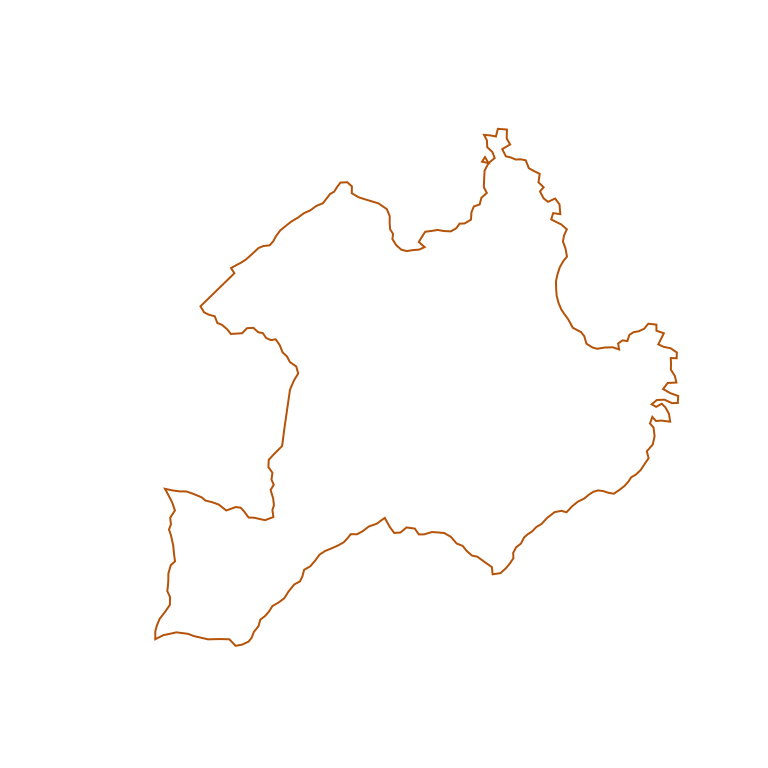 Campo Erê, Santa Catarina, Brazil, rotated 164°
{"feature_id": "56859067B34137099014381", "entity_name": "Campo Erê", "entity_type": "district", "adm_level": 2, "iso_a3": "BRA", "parent_name": "Brazil", "parent_adm1": "Santa Catarina", "projection": "orthographic", "projection_center": [-53.133, -26.462], "detail": "fine", "context": "isolated", "style": "outline", "palette": "amber", "viewbox_px": 768, "rotation_deg": 164, "n_neighbors": 0, "source": "geoboundaries", "source_scale": "gbopen_adm2", "svg_char_len": 4196}
<svg xmlns="http://www.w3.org/2000/svg" viewBox="0 0 768 768"><g transform="rotate(164 384 384)"><path d="M307.6,180.9L306.4,186.0L302.0,190.6L296.3,192.9L291.5,198.0L287.1,200.0L282.2,201.5L276.9,204.6L271.2,206.0L264.0,210.4L255.3,213.8L248.5,213.2L243.9,210.4L236.7,214.7L230.0,217.5L223.1,218.7L217.5,221.2L212.4,222.7L207.5,222.7L202.9,220.7L198.3,217.6L193.3,215.2L186.7,217.4L181.1,219.6L176.1,222.7L172.1,226.2L167.1,227.4L160.9,230.6L154.7,236.0L150.1,239.7L149.9,246.9L142.4,251.7L138.3,259.2L136.9,267.8L139.2,272.7L135.1,278.4L132.8,273.5L127.5,272.4L119.3,268.9L118.3,276.8L120.0,284.1L122.5,288.5L128.7,287.0L132.3,290.7L126.1,293.4L118.7,291.6L112.4,286.2L106.8,284.8L104.5,291.4L111.2,296.2L117.1,302.2L111.0,306.8L102.5,304.8L102.2,311.5L104.3,318.7L102.5,324.4L101.2,329.9L95.6,328.1L93.8,333.6L98.6,339.3L105.0,342.7L109.4,346.5L104.6,351.7L101.0,355.7L107.4,360.1L105.8,366.0L113.3,369.1L118.7,365.4L124.6,364.5L129.9,365.0L134.6,363.6L138.2,358.2L142.7,360.2L147.8,358.4L148.5,352.4L153.9,356.2L161.7,358.2L169.4,359.1L173.5,361.6L178.3,367.0L178.3,374.7L180.3,379.6L187.0,386.0L189.1,395.4L191.1,400.9L193.0,406.6L193.9,413.8L193.7,421.2L192.4,427.6L190.4,435.3L187.0,441.6L182.9,447.7L177.8,452.7L173.0,456.0L172.2,464.2L172.7,471.7L170.0,477.2L165.6,482.3L169.7,488.6L173.3,491.8L177.9,496.1L174.3,501.6L167.7,498.7L165.8,508.2L168.4,515.1L176.1,513.9L179.4,518.4L181.0,526.1L176.3,529.1L179.9,535.3L176.4,543.1L181.2,547.4L185.3,551.5L186.1,560.0L190.7,562.3L195.6,563.5L199.5,566.7L204.1,569.3L205.6,577.2L196.7,579.5L198.4,586.1L195.7,594.7L204.2,597.9L208.2,591.1L213.6,593.8L219.2,595.9L217.9,589.8L219.5,583.2L215.9,577.2L215.3,570.7L222.6,567.5L228.5,561.4L231.3,553.2L233.8,545.7L232.5,539.3L239.0,536.2L242.6,530.2L248.7,529.9L252.6,525.0L255.1,518.0L262.3,516.1L267.2,517.3L271.6,513.8L277.7,512.3L284.2,514.5L290.0,517.3L296.0,518.0L302.4,519.0L307.8,514.3L311.4,510.9L307.2,504.4L313.2,503.5L319.6,504.8L325.5,505.5L330.3,508.3L334.0,514.1L336.0,521.0L333.9,525.8L335.5,531.0L334.0,537.9L332.2,543.8L333.1,551.4L339.6,559.2L350.6,566.3L357.1,570.6L362.4,576.3L360.4,582.8L363.7,588.1L370.4,589.6L374.8,586.3L378.9,582.6L383.5,581.5L387.8,578.3L392.9,574.6L400.1,573.8L407.1,571.2L413.8,570.3L420.8,567.7L428.6,565.6L434.7,563.1L441.6,560.1L447.3,555.7L450.9,551.9L455.7,548.8L461.9,549.9L467.1,549.3L475.8,544.9L482.7,541.6L488.1,540.0L493.5,538.9L499.1,537.6L497.3,531.7L539.0,509.3L537.2,502.5L533.4,499.0L528.0,495.7L527.4,488.6L523.4,485.5L519.8,480.0L517.4,474.3L512.3,473.2L506.4,471.9L500.3,475.4L494.1,474.0L490.7,468.5L486.4,466.2L484.6,460.7L480.7,457.4L475.8,456.8L473.5,450.1L472.8,442.4L469.7,437.3L468.4,431.0L463.5,425.0L463.6,417.7L469.5,412.3L475.9,404.5L491.9,369.0L499.0,352.5L509.6,346.6L515.7,342.9L518.0,336.0L515.7,329.4L518.5,323.2L517.8,317.4L522.2,313.4L522.1,304.5L523.2,297.8L526.0,293.6L527.0,286.6L535.9,285.9L540.5,288.4L545.6,291.2L551.0,293.0L553.3,299.4L555.9,304.6L560.5,306.6L565.6,306.2L570.5,305.9L576.1,313.7L582.3,318.1L587.7,321.1L590.5,325.3L597.9,331.2L603.6,335.2L609.8,337.0L616.2,339.8L623.4,343.6L621.6,335.3L620.3,328.7L619.8,320.1L626.4,314.4L627.5,307.8L630.8,303.4L630.5,297.2L631.1,287.1L632.7,278.5L633.8,271.1L638.9,268.6L643.5,261.3L645.5,254.5L647.3,249.6L649.4,244.7L648.4,238.2L650.7,230.7L656.9,225.6L664.4,220.1L669.0,214.3L672.1,209.1L674.2,201.7L665.4,203.4L658.8,202.9L652.0,202.5L641.3,197.9L636.4,194.2L623.6,187.1L611.1,183.8L603.0,181.2L598.8,173.2L592.1,172.6L585.2,173.7L581.1,176.6L577.5,181.5L571.4,185.8L567.8,191.6L562.6,193.6L557.2,197.0L552.5,201.3L545.6,203.0L539.0,205.5L532.8,211.0L525.4,216.1L519.2,217.4L515.6,221.4L512.0,227.4L505.1,229.1L498.7,233.3L493.1,237.7L486.7,239.7L479.6,240.5L472.9,241.4L466.2,243.0L461.4,245.9L457.5,248.8L451.3,247.0L444.6,248.5L438.0,251.2L429.5,251.7L420.2,255.1L417.7,244.5L415.2,238.0L409.1,236.7L401.9,239.9L394.2,236.5L392.0,229.8L386.8,228.4L378.8,228.5L372.7,226.3L367.1,224.1L361.9,218.7L358.1,210.6L353.0,206.7L350.4,200.5L346.7,194.8L341.9,192.3L337.0,186.0L330.8,178.3L332.0,171.1L324.1,170.1L317.4,173.4L312.5,176.8L307.6,180.9ZM222.6,567.5L224.4,574.3L228.5,570.7L222.6,567.5Z" fill="none" stroke="#b45309" stroke-width="2"/></g></svg>